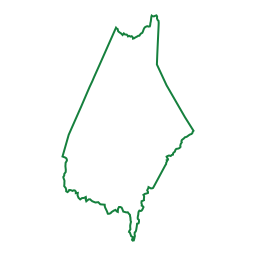 Solonópole, Ceará, Brazil
{"feature_id": "56859067B36199820479004", "entity_name": "Solonópole", "entity_type": "district", "adm_level": 2, "iso_a3": "BRA", "parent_name": "Brazil", "parent_adm1": "Ceará", "projection": "mercator", "projection_center": [-38.993, -5.778], "detail": "fine", "context": "isolated", "style": "outline", "palette": "green", "viewbox_px": 256, "rotation_deg": 0, "n_neighbors": 0, "source": "geoboundaries", "source_scale": "gbopen_adm2", "svg_char_len": 3009}
<svg xmlns="http://www.w3.org/2000/svg" viewBox="0 0 256 256"><path d="M107.8,213.7L108.8,213.8L109.9,213.5L110.8,213.0L111.5,212.1L114.0,210.5L115.5,209.9L116.7,211.4L117.8,211.9L117.9,209.9L118.1,208.7L119.0,207.0L120.3,207.0L121.6,207.6L122.2,208.8L122.7,210.1L123.3,211.6L124.5,211.9L126.2,212.4L127.8,212.3L128.6,213.4L129.9,214.8L130.1,216.4L130.4,217.5L130.5,218.9L130.6,220.7L131.0,221.8L130.5,223.8L130.2,225.4L130.2,227.1L130.4,229.3L129.4,230.8L129.0,231.9L129.9,232.6L131.2,236.2L133.0,237.1L132.0,239.8L132.7,240.6L133.8,240.4L134.3,238.6L134.5,237.5L134.9,236.0L134.6,234.5L134.7,232.5L135.7,231.5L136.2,229.9L136.5,228.0L136.8,226.2L136.9,225.1L137.1,223.7L138.5,223.4L138.9,222.2L139.0,221.1L138.8,219.7L137.8,218.9L137.7,217.7L137.9,216.2L138.3,214.5L138.4,212.9L138.7,211.6L139.4,210.6L140.8,211.0L141.7,210.5L142.4,209.5L142.9,208.4L143.5,207.1L142.8,206.2L141.7,205.6L141.9,204.6L141.4,203.0L141.6,201.2L142.7,200.8L144.0,200.2L143.9,198.8L144.1,197.2L144.1,196.1L143.4,194.9L144.8,193.9L146.8,193.4L148.0,192.9L148.0,191.9L147.2,190.3L147.6,189.4L148.2,188.5L148.5,187.1L149.6,187.7L150.9,188.4L152.2,188.3L153.1,187.9L154.9,184.6L165.3,165.3L166.1,164.1L166.2,162.8L167.0,161.2L166.7,160.2L168.0,159.7L167.8,158.6L167.0,157.7L166.6,156.6L167.7,156.0L169.0,155.5L170.7,156.0L171.7,155.0L173.0,154.6L173.0,153.6L173.6,152.6L174.9,151.6L175.3,150.1L176.3,148.9L178.2,148.6L179.4,148.1L180.5,146.9L180.3,145.5L180.8,143.8L181.8,142.3L181.4,141.2L181.8,140.1L182.7,139.3L183.7,138.6L184.9,137.3L186.1,137.0L187.2,136.5L188.6,135.4L190.0,134.5L191.5,134.0L192.4,133.0L192.7,131.8L193.5,130.8L184.9,117.1L167.6,87.1L166.6,85.4L156.9,64.5L157.3,54.0L157.7,45.0L158.6,25.8L158.7,22.9L158.5,20.8L157.7,20.1L157.0,18.5L157.1,16.4L156.4,15.4L155.2,15.8L153.9,16.4L152.6,16.2L151.7,15.6L151.3,17.0L151.2,18.2L151.0,19.8L150.8,21.4L150.4,23.1L150.2,25.0L149.8,26.4L148.5,26.6L147.5,26.2L146.5,26.4L144.9,27.3L144.1,28.4L143.5,29.8L143.0,31.3L142.3,32.8L140.9,33.6L140.0,34.7L139.4,35.7L138.3,35.8L136.8,36.7L135.2,37.5L134.1,38.3L133.0,38.6L132.9,37.5L131.7,36.2L130.5,36.6L129.2,35.9L128.0,36.4L127.6,35.5L126.7,34.6L125.0,34.5L123.8,33.4L122.6,35.0L120.8,33.2L119.5,32.4L118.2,31.3L117.6,29.0L116.6,28.5L116.0,27.7L98.9,66.3L94.1,77.0L92.4,81.0L89.5,87.2L87.0,93.0L81.0,107.0L79.3,110.8L68.7,134.8L64.8,148.5L62.5,156.5L63.8,157.0L65.3,157.6L66.3,158.3L66.8,159.4L66.9,160.6L65.6,162.8L65.5,165.0L65.4,166.1L65.6,168.0L65.8,169.8L65.7,172.0L64.3,173.9L64.2,175.6L63.3,177.0L63.6,178.3L64.2,179.8L64.5,180.9L64.4,182.3L64.4,184.0L64.2,186.1L64.8,186.9L65.7,188.0L66.2,189.8L66.2,191.3L67.5,192.1L68.6,191.2L69.2,190.0L70.6,190.1L72.6,190.9L73.4,190.4L74.7,190.4L75.8,191.5L75.8,193.2L77.8,192.9L77.5,195.2L78.5,197.8L80.2,199.4L82.0,198.1L84.1,197.9L85.8,197.0L86.0,198.4L85.7,199.5L86.3,201.3L88.6,199.4L90.0,199.3L92.2,201.2L95.4,202.5L98.3,202.2L100.3,204.3L102.3,204.5L104.7,204.7L104.8,206.5L105.3,207.9L105.8,208.9L107.0,211.4L107.8,213.7Z" fill="none" stroke="#15803d" stroke-width="2"/></svg>